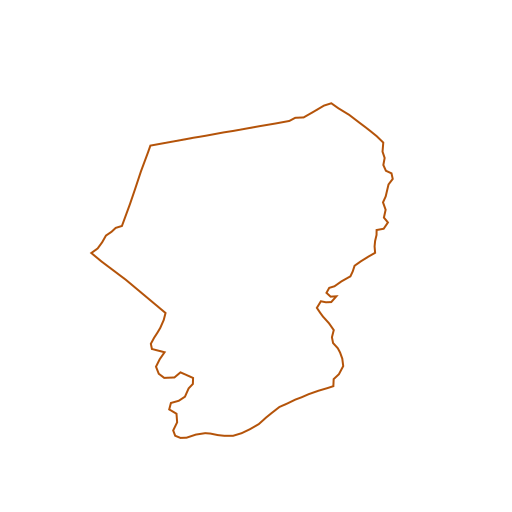 outline of Jaboatão dos Guararapes, Pernambuco, Brazil, rotated 55°
{"feature_id": "56859067B18632556721053", "entity_name": "Jaboatão dos Guararapes", "entity_type": "district", "adm_level": 2, "iso_a3": "BRA", "parent_name": "Brazil", "parent_adm1": "Pernambuco", "projection": "robinson", "projection_center": [-34.985, -8.149], "detail": "fine", "context": "isolated", "style": "outline", "palette": "amber", "viewbox_px": 512, "rotation_deg": 55, "n_neighbors": 0, "source": "geoboundaries", "source_scale": "gbopen_adm2", "svg_char_len": 1702}
<svg xmlns="http://www.w3.org/2000/svg" viewBox="0 0 512 512"><g transform="rotate(55 256 256)"><path d="M375.3,395.2L380.8,390.0L385.1,385.1L390.1,378.0L392.9,369.4L394.4,360.4L395.3,350.1L394.1,340.3L393.6,333.2L393.1,323.3L394.8,314.9L396.2,306.1L397.9,299.6L399.4,292.1L402.2,282.1L405.2,273.2L407.0,267.3L401.4,263.0L400.4,255.9L396.2,247.7L389.6,244.2L383.3,242.5L378.5,241.9L371.5,242.8L366.1,240.4L361.3,234.8L352.9,234.8L344.1,235.9L339.4,236.0L333.4,235.9L330.3,228.8L334.0,225.3L336.9,220.8L335.1,213.3L332.1,218.2L326.6,219.4L324.1,214.3L325.8,209.1L325.8,200.5L326.8,190.3L324.1,185.6L320.5,180.8L320.5,172.8L321.0,164.0L321.7,156.6L316.2,153.4L312.0,149.8L307.9,145.2L303.9,142.3L306.9,135.8L304.2,128.7L297.9,129.2L292.5,123.3L284.9,121.2L281.6,115.6L277.4,110.9L273.4,106.4L271.3,99.8L266.0,97.6L260.7,100.7L254.5,99.5L249.5,94.4L243.1,92.5L236.1,86.7L227.1,88.4L219.1,90.7L212.6,92.7L206.5,94.7L193.9,98.7L182.2,103.8L174.1,106.7L171.8,114.0L170.8,126.6L169.8,137.5L165.3,144.6L164.5,151.2L158.8,163.7L151.7,178.6L140.5,202.9L136.2,211.6L128.8,227.9L125.9,234.0L123.3,239.3L120.4,245.7L105.0,279.2L109.3,285.2L120.6,301.6L132.0,316.9L141.2,329.5L154.5,348.6L152.5,354.8L153.3,360.4L153.2,367.2L156.5,374.1L159.0,381.4L159.1,389.2L171.9,385.7L193.7,378.6L200.7,376.3L250.8,362.8L255.5,368.3L260.0,375.7L262.3,380.8L264.5,386.3L267.6,392.5L272.5,394.6L282.4,386.1L285.3,394.0L289.3,401.4L296.7,403.2L303.2,401.1L308.7,392.5L308.0,384.6L319.8,377.5L324.6,381.1L325.8,387.1L330.5,394.9L330.3,402.3L327.6,410.0L331.9,415.1L339.6,411.6L347.0,416.0L351.4,423.9L356.9,425.3L361.7,422.2L365.0,417.1L367.8,407.7L372.0,399.2L375.3,395.2Z" fill="none" stroke="#b45309" stroke-width="2"/></g></svg>